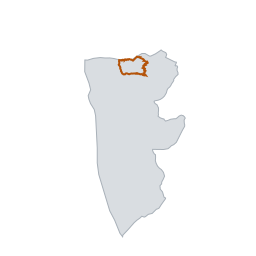 location of Kongba, Gbapolu, Liberia, rotated 45°
{"feature_id": "62588387B18809430914172", "entity_name": "Kongba", "entity_type": "district", "adm_level": 2, "iso_a3": "LBR", "parent_name": "Liberia", "parent_adm1": "Gbapolu", "projection": "mercator", "projection_center": [-10.454, 7.678], "detail": "fine", "context": "in_parent", "style": "outline", "palette": "amber", "viewbox_px": 256, "rotation_deg": 45, "n_neighbors": 0, "source": "geoboundaries", "source_scale": "gbopen_adm2", "svg_char_len": 4001}
<svg xmlns="http://www.w3.org/2000/svg" viewBox="0 0 256 256"><g transform="rotate(45 128 128)"><path d="M49.4,110.4L51.4,108.6L54.4,103.1L58.6,97.8L62.4,94.6L65.5,91.4L68.8,88.9L73.5,86.0L80.6,78.3L82.3,77.4L83.4,72.1L85.2,65.4L87.3,63.3L92.2,62.0L93.3,60.9L95.0,56.1L96.1,50.6L96.2,49.4L98.2,49.2L101.4,48.0L103.3,48.6L104.2,50.2L104.6,51.5L114.6,48.1L115.4,47.3L116.0,47.5L117.2,50.6L117.9,50.4L118.5,49.5L119.2,49.4L120.0,49.8L120.7,51.3L122.0,52.6L124.2,53.5L125.5,54.7L125.4,58.1L125.9,61.3L126.8,62.1L127.3,64.0L127.6,66.1L128.1,67.2L128.5,69.4L128.3,71.7L128.7,73.3L130.3,76.1L131.2,79.6L131.2,82.1L130.7,84.7L129.6,87.1L127.8,89.7L127.6,90.7L128.7,91.4L130.4,91.5L131.8,91.0L135.3,92.2L137.1,93.9L138.8,96.0L140.2,97.1L140.9,98.4L143.4,98.1L146.3,96.8L146.9,96.2L147.7,96.5L149.6,96.6L150.9,94.3L152.0,91.6L154.2,88.7L155.3,87.6L155.6,85.8L155.7,83.4L156.5,81.3L158.4,80.2L160.4,80.2L161.5,80.6L162.0,82.6L163.7,84.2L165.0,85.2L165.8,85.6L166.9,86.8L168.0,90.9L172.3,103.9L172.1,107.5L171.2,109.8L171.2,112.1L170.9,114.4L168.3,118.1L160.5,125.7L161.1,126.4L163.0,127.3L164.9,127.7L166.4,127.5L168.4,129.4L170.5,131.8L172.7,133.0L175.9,134.1L178.6,134.2L181.0,133.8L184.4,134.3L187.9,136.2L189.2,139.5L190.0,142.3L191.3,143.8L191.4,146.2L194.0,148.4L197.6,148.8L202.3,151.4L203.5,151.2L204.0,150.9L204.5,151.4L205.7,158.7L206.6,162.6L206.2,164.1L205.5,165.4L205.5,171.3L203.4,174.7L203.0,178.4L202.4,179.6L200.2,180.6L200.1,183.5L199.5,186.9L199.3,190.6L199.9,200.2L200.1,207.3L201.1,208.7L196.7,208.1L183.7,202.6L173.7,199.5L140.3,181.6L131.0,174.5L120.3,163.8L96.5,142.3L91.1,138.8L84.2,137.2L80.0,135.3L77.0,133.3L74.6,127.4L68.6,123.8L57.6,118.8L49.4,110.4Z" fill="#d9dde1" stroke="#a8b0b8" stroke-width="1"/><path d="M103.4,78.2L102.9,78.1L102.5,78.3L101.3,78.4L100.4,78.5L100.3,78.4L100.6,77.8L100.7,77.5L100.8,77.3L100.6,76.9L100.3,76.7L100.1,76.8L99.8,76.6L99.8,76.2L99.9,75.7L99.9,75.4L100.0,75.3L100.0,75.2L99.9,75.1L99.6,75.2L99.1,75.5L98.9,75.6L98.5,75.7L98.3,75.5L98.0,75.2L97.9,75.1L97.9,74.9L98.0,74.7L98.2,74.4L98.1,74.2L97.9,74.3L97.6,74.4L97.4,74.2L97.0,74.4L96.9,74.4L96.9,74.5L96.4,75.0L96.1,75.1L96.4,73.9L96.2,73.8L95.8,73.7L95.5,73.8L95.4,73.8L95.3,73.7L95.2,73.6L95.2,73.4L94.9,73.3L94.8,72.7L95.1,72.5L95.2,72.4L95.5,72.2L95.6,71.7L95.9,71.0L95.7,71.0L95.1,71.3L94.8,71.2L94.6,71.0L94.6,70.9L94.7,70.6L94.9,70.2L95.0,69.8L95.4,69.5L95.7,68.9L95.8,68.4L95.9,68.1L95.6,67.8L95.3,67.9L95.2,67.9L94.6,67.6L94.5,67.8L94.3,68.2L94.2,68.2L94.0,68.3L93.8,68.3L92.8,68.7L92.7,68.7L92.0,69.0L91.9,69.1L91.9,68.9L91.8,68.7L91.5,68.6L91.2,68.6L90.9,68.6L90.6,68.7L90.4,68.5L90.1,68.5L89.9,68.6L89.7,68.7L89.3,68.9L89.0,69.0L88.5,69.1L88.4,69.2L87.8,69.5L87.5,69.6L87.0,69.8L86.6,69.9L86.2,70.0L86.2,69.9L86.2,69.7L86.1,69.8L85.9,69.8L85.9,70.1L85.6,70.2L85.4,70.3L85.3,70.5L85.0,70.8L84.4,71.1L83.9,71.2L83.9,71.5L83.9,72.4L83.9,75.7L83.9,76.8L83.5,77.0L82.9,77.1L82.6,77.1L81.9,77.3L81.5,77.8L81.0,78.0L80.4,78.2L80.0,78.6L80.0,78.8L79.9,79.3L79.6,79.4L79.7,79.6L79.3,79.8L79.2,80.0L79.3,80.1L79.0,80.4L78.8,80.4L78.4,80.9L78.5,81.2L78.2,81.3L77.7,81.6L77.7,81.8L77.5,81.5L77.4,81.6L77.5,82.0L76.8,82.8L76.9,83.0L76.8,83.5L76.5,83.9L75.8,83.8L75.6,84.2L75.7,84.5L75.4,84.7L75.4,85.0L75.1,85.0L74.9,85.2L74.8,85.3L74.8,85.5L74.2,85.9L73.7,86.2L73.8,86.4L74.2,86.6L74.5,87.2L75.0,87.5L75.5,87.8L75.9,88.3L76.3,88.6L76.5,89.2L76.7,89.5L76.7,89.8L77.1,90.0L77.9,90.0L79.0,90.2L80.0,90.8L80.1,91.2L80.8,91.6L82.0,92.0L82.8,92.5L82.9,92.8L83.1,92.9L83.3,92.9L83.5,92.9L83.9,92.9L84.0,93.0L84.5,93.2L84.9,93.4L85.2,93.5L85.3,93.5L85.6,93.5L85.9,93.4L86.0,93.4L86.3,93.3L86.7,93.3L86.9,93.2L87.1,93.1L87.4,92.7L87.9,92.2L87.8,91.2L88.5,90.2L88.8,90.1L89.2,89.9L90.8,89.2L90.9,88.8L91.4,87.9L92.0,86.9L92.8,86.3L93.6,85.3L94.2,84.7L94.8,84.4L94.9,83.7L95.4,83.0L95.6,82.8L95.8,82.7L96.1,83.2L96.4,82.9L97.6,81.8L98.7,81.4L98.9,81.2L99.2,80.5L99.8,80.2L100.8,80.1L101.5,79.8L101.9,79.5L101.7,79.2L102.2,79.2L102.2,78.8L103.4,78.2Z" fill="none" stroke="#b45309" stroke-width="2"/></g></svg>